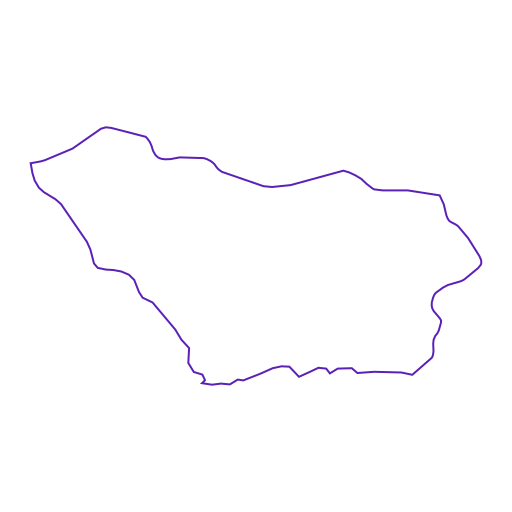 the border of Colonia
{"feature_id": "URY-4", "entity_name": "Colonia", "entity_type": "Department", "adm_level": 1, "iso_a3": "URY", "parent_name": "Uruguay", "parent_adm1": "", "projection": "mercator", "projection_center": [-57.607, -34.127], "detail": "fine", "context": "isolated", "style": "outline", "palette": "violet", "viewbox_px": 512, "rotation_deg": 0, "n_neighbors": 0, "source": "natural_earth", "source_scale": "10m", "svg_char_len": 1744}
<svg xmlns="http://www.w3.org/2000/svg" viewBox="0 0 512 512"><path d="M412.3,374.8L401.4,372.5L374.2,371.8L357.4,373.0L351.8,368.2L337.7,368.6L329.9,373.4L326.2,368.6L318.4,367.8L309.8,371.9L299.0,376.8L289.4,366.7L281.6,366.3L272.7,368.2L260.4,373.7L243.3,380.4L237.7,379.6L229.9,384.4L221.0,383.6L212.0,384.7L202.0,383.2L205.0,380.2L202.4,374.6L193.8,372.0L188.3,363.0L189.1,348.1L181.4,339.7L175.3,329.6L152.6,302.5L142.6,297.7L139.0,292.0L134.2,279.9L128.9,274.7L121.3,271.5L113.2,270.0L106.1,269.6L97.8,267.9L94.0,263.5L90.4,249.6L86.9,241.8L61.0,204.1L55.4,199.2L43.9,192.2L38.9,187.7L34.7,180.6L32.4,173.0L30.7,163.2L30.9,163.2L40.7,161.4L44.9,160.2L72.5,148.6L101.0,128.7L105.9,127.3L111.2,127.9L145.7,136.8L147.3,138.5L149.2,141.1L150.1,142.6L151.6,146.0L152.7,149.7L153.4,151.5L155.2,154.6L156.3,155.9L157.4,156.9L158.2,157.5L159.6,158.2L161.9,158.9L165.1,159.3L170.5,159.1L179.7,157.4L203.6,158.1L206.6,159.0L210.8,161.1L213.0,162.8L214.7,164.5L215.3,165.5L215.8,166.1L215.4,165.7L217.4,168.2L218.8,169.6L221.8,171.8L263.5,186.2L272.1,187.0L290.6,185.1L343.3,170.7L348.9,172.3L355.5,175.4L361.3,178.9L366.5,183.8L372.3,188.3L373.9,189.3L382.6,190.4L407.8,190.4L439.7,195.4L443.8,204.4L446.4,215.4L447.7,218.6L449.2,220.8L450.7,221.9L455.9,224.6L458.1,226.2L468.1,238.1L479.4,256.1L481.1,260.0L481.3,262.4L481.2,263.5L480.9,264.6L480.2,265.5L478.1,268.1L464.6,279.2L463.2,280.1L460.9,281.2L447.9,285.0L443.0,287.6L435.7,292.9L434.3,294.8L433.1,297.6L431.8,302.4L431.7,305.5L432.1,307.9L432.9,309.6L433.8,311.2L439.9,318.4L441.1,320.5L440.9,323.0L438.7,330.7L437.2,333.6L435.3,335.8L433.6,339.8L433.2,343.8L433.5,351.0L433.1,354.5L432.3,357.0L431.1,358.4L412.3,374.8L412.3,374.8Z" fill="none" stroke="#5b21b6" stroke-width="2"/></svg>